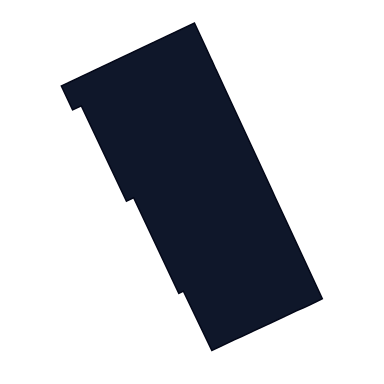 Sioux, Nebraska, United States of America (Albers equal-area conic projection), rotated 155°
{"feature_id": "52423323B6299370365207", "entity_name": "Sioux", "entity_type": "district", "adm_level": 2, "iso_a3": "USA", "parent_name": "United States of America", "parent_adm1": "Nebraska", "projection": "albers", "projection_center": [-103.851, 42.502], "detail": "fine", "context": "isolated", "style": "filled", "palette": "ink", "viewbox_px": 384, "rotation_deg": 155, "n_neighbors": 0, "source": "geoboundaries", "source_scale": "gbopen_adm2", "svg_char_len": 639}
<svg xmlns="http://www.w3.org/2000/svg" viewBox="0 0 384 384"><g transform="rotate(155 192 192)"><path d="M118.8,158.5L118.8,158.8L118.7,192.5L118.6,266.1L118.6,268.6L118.5,292.8L118.6,293.9L118.4,302.9L118.5,303.9L118.5,306.6L118.4,317.5L118.4,321.8L118.4,338.0L118.4,339.7L118.4,344.1L265.6,343.3L265.5,316.9L255.9,316.9L255.3,211.4L247.3,211.5L246.8,105.7L241.7,105.8L241.0,40.0L240.7,40.0L225.1,40.1L215.8,40.2L208.1,40.0L194.3,40.1L172.3,40.0L171.9,40.0L147.6,40.2L138.4,39.9L132.8,39.9L119.0,40.2L118.9,115.1L118.9,116.5L118.9,146.8L118.9,151.7L118.9,152.7L118.8,158.5Z" fill="#0f172a" stroke="#020617" stroke-width="1.5"/></g></svg>